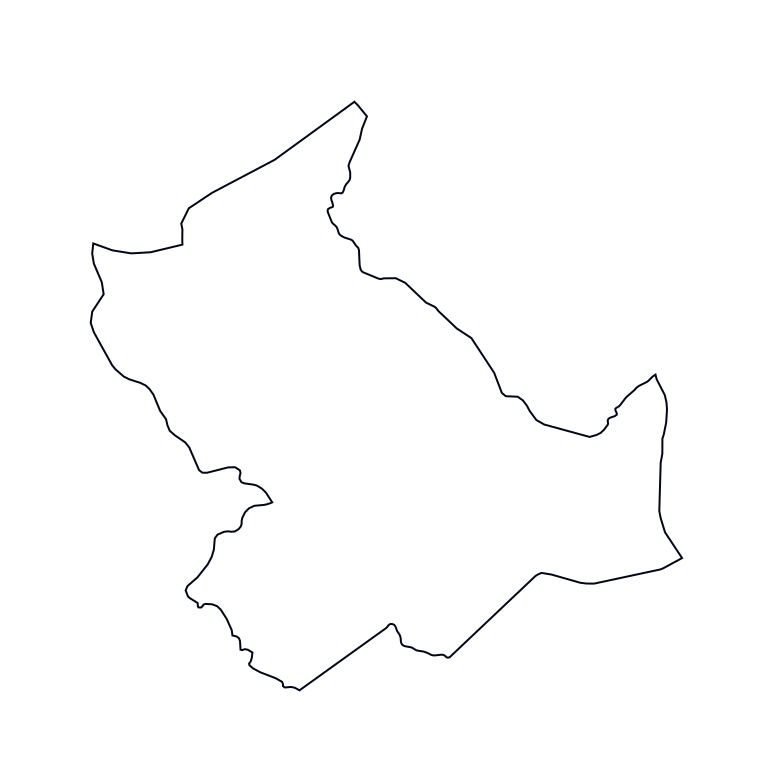 an SVG outline of Logone Oriental, rotated 76°
{"feature_id": "TCD-1485", "entity_name": "Logone Oriental", "entity_type": "Prefecture", "adm_level": 1, "iso_a3": "TCD", "parent_name": "Chad", "parent_adm1": "", "projection": "natural_earth1", "projection_center": [16.421, 8.298], "detail": "fine", "context": "isolated", "style": "outline", "palette": "ink", "viewbox_px": 768, "rotation_deg": 76, "n_neighbors": 0, "source": "natural_earth", "source_scale": "10m", "svg_char_len": 3393}
<svg xmlns="http://www.w3.org/2000/svg" viewBox="0 0 768 768"><g transform="rotate(76 384 384)"><path d="M660.8,540.0L657.1,544.1L655.4,547.7L654.5,553.6L652.7,555.1L650.5,554.6L648.3,555.0L643.3,560.3L633.7,573.9L628.4,579.7L624.4,582.6L622.6,582.5L621.2,580.7L618.1,578.7L612.7,576.6L608.9,580.4L607.6,583.3L607.9,586.1L607.1,587.5L598.6,585.9L595.6,586.2L593.3,588.1L591.3,591.9L586.0,591.3L574.1,593.4L563.4,597.0L559.2,599.7L556.3,603.8L554.2,610.2L554.4,612.4L555.6,613.8L556.6,615.4L556.0,617.9L555.0,618.4L552.1,617.9L551.3,617.9L545.3,623.7L544.7,624.3L542.7,625.6L536.3,626.4L532.5,623.5L526.5,611.8L516.3,598.6L509.9,592.9L503.4,589.1L492.8,585.5L489.9,582.0L488.7,575.0L489.2,571.1L490.4,567.9L491.0,564.5L489.6,560.1L487.4,557.2L485.0,555.9L482.3,555.2L479.5,553.8L475.0,550.0L472.0,545.2L470.8,539.3L472.3,529.6L472.4,526.6L472.2,523.7L471.8,521.1L460.9,524.8L456.1,527.7L451.7,532.0L450.0,535.2L446.6,543.6L444.9,546.0L441.1,547.2L438.3,546.2L435.8,544.8L432.9,544.7L428.7,548.7L427.2,555.5L427.3,577.2L426.1,581.7L422.8,584.3L398.5,588.3L392.7,590.9L383.2,599.3L377.6,603.2L371.7,604.1L365.4,604.0L356.0,607.7L338.5,610.3L332.3,612.7L327.8,615.6L323.9,620.2L317.8,630.1L313.8,634.7L304.8,641.0L299.9,643.3L263.6,653.0L253.8,653.8L243.2,649.6L229.1,634.3L217.0,633.2L196.9,636.4L186.9,635.6L177.3,632.1L188.6,615.2L196.1,597.7L199.7,578.6L200.0,545.9L193.9,544.5L185.2,542.2L179.3,541.9L166.3,530.9L156.9,504.6L140.0,435.9L103.0,344.4L107.7,341.7L120.2,335.8L131.1,343.6L141.0,348.5L160.6,363.8L163.8,365.7L170.4,365.6L175.4,366.8L177.7,368.0L179.3,369.8L180.6,371.9L183.1,374.4L186.6,376.4L188.3,377.9L188.7,379.4L187.6,382.2L187.3,384.2L187.4,386.4L188.2,388.6L189.4,389.8L191.0,390.4L192.8,390.5L196.5,390.2L198.7,390.3L199.8,391.0L200.1,394.1L200.8,396.0L202.2,396.8L203.8,396.9L214.2,395.5L215.3,395.1L216.5,394.4L218.8,392.8L220.1,392.1L221.6,391.7L226.7,391.4L228.1,390.9L229.3,390.2L232.3,387.0L235.5,381.8L236.4,380.6L237.5,379.7L243.1,377.6L245.6,376.1L248.0,375.9L262.8,378.9L267.2,379.0L269.2,378.3L270.5,377.3L280.2,364.2L281.3,362.1L281.5,360.1L281.4,358.8L284.2,347.0L291.0,338.9L315.1,323.6L321.7,315.8L323.7,314.7L326.5,313.5L347.8,299.9L360.6,288.1L399.8,274.4L421.2,271.8L425.3,268.8L428.7,257.3L433.5,253.2L439.6,250.6L445.6,249.1L455.8,244.9L462.1,238.3L485.1,197.3L484.9,190.4L483.9,185.6L481.6,181.6L477.6,176.7L476.5,176.1L475.0,176.0L473.4,175.7L472.0,174.5L471.4,172.7L471.0,167.9L470.1,165.6L468.9,165.2L465.3,165.8L464.1,165.6L463.4,164.5L462.5,161.4L461.6,160.0L455.5,152.3L450.3,142.1L449.4,141.0L448.5,139.5L447.5,137.0L445.6,128.4L444.8,126.5L441.9,121.8L440.6,118.3L445.4,118.3L462.7,114.2L470.4,114.4L477.3,115.6L489.6,119.5L500.6,124.7L504.4,127.1L519.0,130.8L527.4,134.6L573.8,147.6L581.0,148.0L595.9,147.2L625.0,136.9L630.3,157.4L630.8,160.5L628.5,228.5L626.6,235.8L624.3,241.7L609.4,267.6L605.4,276.9L606.1,280.9L607.0,283.6L665.0,386.4L665.0,388.3L664.2,389.5L663.0,390.2L661.9,391.1L661.0,392.4L660.5,394.0L659.7,400.0L659.3,401.7L658.6,403.1L657.7,404.4L656.7,405.4L654.9,407.7L653.2,410.3L650.7,416.2L649.8,417.5L646.7,420.5L645.9,421.7L643.9,426.2L643.2,427.6L642.2,428.7L641.1,429.5L639.6,429.9L637.9,429.9L634.6,429.3L632.8,429.3L631.2,429.5L626.9,431.0L621.9,431.6L620.3,432.3L619.2,433.5L618.4,435.6L618.7,437.1L619.5,438.4L620.4,439.5L621.3,440.9L660.7,539.9L660.8,540.0Z" fill="none" stroke="#020617" stroke-width="2"/></g></svg>